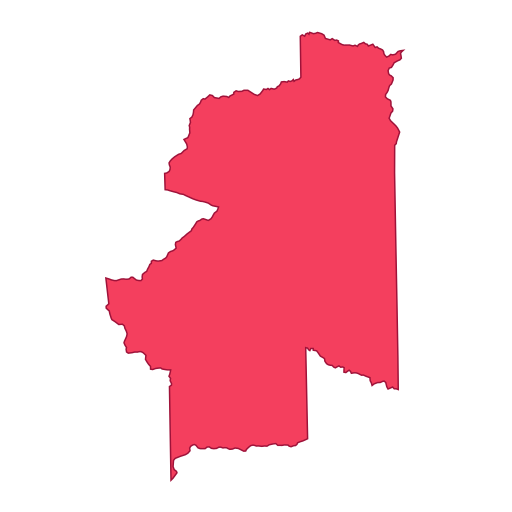 Buritis, Rondônia, Brazil (orthographic projection), rotated 89°
{"feature_id": "56859067B51583375651636", "entity_name": "Buritis", "entity_type": "district", "adm_level": 2, "iso_a3": "BRA", "parent_name": "Brazil", "parent_adm1": "Rondônia", "projection": "orthographic", "projection_center": [-63.964, -10.088], "detail": "fine", "context": "isolated", "style": "filled", "palette": "rose", "viewbox_px": 512, "rotation_deg": 89, "n_neighbors": 0, "source": "geoboundaries", "source_scale": "gbopen_adm2", "svg_char_len": 5279}
<svg xmlns="http://www.w3.org/2000/svg" viewBox="0 0 512 512"><g transform="rotate(89 256 256)"><path d="M37.1,207.9L78.0,208.0L79.7,209.5L80.3,211.2L80.7,213.2L82.0,214.9L80.2,215.6L81.5,216.9L82.1,218.7L81.5,220.6L82.7,221.7L82.1,224.8L82.4,227.6L84.5,228.5L86.4,230.1L87.1,231.7L88.5,232.5L89.5,234.8L88.7,238.0L89.9,239.6L88.7,241.1L89.7,242.7L89.2,245.5L90.6,246.3L94.0,249.0L95.6,251.6L94.4,254.9L90.2,261.2L90.1,265.2L91.1,267.2L91.2,270.9L90.5,273.0L92.0,275.3L93.7,275.4L94.6,277.2L95.6,279.3L97.0,280.5L96.0,282.5L95.6,286.1L96.2,288.3L97.8,290.2L97.3,292.7L96.9,294.8L94.8,296.8L94.1,299.4L96.2,301.7L98.2,304.3L97.8,306.0L99.3,308.0L101.3,308.8L103.1,309.9L104.5,312.0L108.9,315.8L111.1,316.0L113.6,316.5L116.0,317.7L117.5,319.7L119.4,319.4L121.4,319.2L124.4,320.5L126.1,320.1L128.4,320.2L131.8,320.0L133.3,320.7L134.8,321.3L136.5,322.1L137.3,324.0L138.2,326.0L140.8,324.5L142.9,323.3L145.8,322.7L147.6,323.0L149.2,325.9L152.2,329.0L153.0,331.7L155.4,335.6L157.5,338.2L159.4,340.0L161.4,341.3L163.5,341.0L165.6,340.2L167.8,340.4L169.9,341.3L171.5,343.9L171.8,345.9L188.1,345.7L188.4,343.2L189.1,341.3L190.3,337.3L191.1,334.2L192.5,331.0L193.1,327.5L194.2,325.5L197.7,318.1L199.0,314.7L200.3,310.5L200.5,308.5L201.1,306.2L202.3,302.7L204.3,299.9L205.0,298.3L206.3,292.6L208.4,293.3L210.5,294.3L212.3,296.8L213.9,297.8L216.3,299.1L218.1,300.5L219.6,303.1L218.3,306.6L217.8,308.1L218.2,309.7L219.4,311.3L220.0,313.2L220.8,314.6L222.6,315.7L226.3,318.2L227.8,319.6L229.6,320.2L232.7,324.5L235.4,327.6L236.7,329.5L238.1,330.7L239.7,332.5L240.2,334.5L241.0,336.0L243.2,336.4L246.7,335.7L248.3,337.5L249.3,339.0L250.0,341.4L251.4,343.5L255.3,345.3L256.5,346.4L257.8,348.7L258.9,350.1L259.4,353.9L259.1,355.9L258.3,358.8L259.4,360.7L261.5,360.8L262.6,362.3L264.8,363.2L267.2,364.6L269.5,365.6L270.4,367.3L272.4,369.8L274.9,370.2L277.1,370.0L278.6,371.5L278.5,373.5L278.0,376.0L276.2,378.2L275.1,379.5L275.0,381.2L276.7,383.2L277.0,385.3L276.9,387.0L276.6,388.7L276.7,391.2L278.2,396.0L278.1,398.1L277.3,401.2L276.6,402.8L275.4,406.5L301.2,404.0L302.5,405.4L303.6,406.7L305.5,406.7L307.2,405.0L308.3,403.7L311.4,403.1L315.5,401.9L317.1,401.2L319.1,398.2L322.1,394.4L321.9,390.8L323.5,388.9L326.1,388.3L327.7,387.5L329.1,386.9L331.6,386.2L334.2,386.8L336.0,387.6L338.9,389.0L340.5,389.5L342.9,388.5L345.2,387.1L347.0,387.5L349.7,387.1L350.9,385.4L350.5,381.5L349.9,378.9L350.0,376.4L349.6,374.4L349.6,372.6L350.7,370.5L353.4,367.8L357.4,368.3L359.9,366.9L362.5,365.2L364.5,363.4L367.3,363.4L367.7,361.3L366.7,358.3L366.4,355.9L366.2,353.3L367.3,351.9L367.9,349.0L368.3,346.5L368.4,343.3L370.4,343.7L372.7,344.3L374.7,345.1L376.8,343.6L379.2,344.0L382.0,342.7L383.7,342.8L385.0,344.8L478.7,344.9L476.9,343.0L471.4,338.8L469.9,339.3L468.2,341.5L465.1,342.6L458.8,342.0L456.9,340.3L455.0,335.3L454.2,332.7L453.4,330.1L452.0,327.6L449.6,325.4L446.8,325.7L445.1,324.6L443.9,322.7L443.4,321.0L444.1,319.4L446.8,317.3L447.6,315.3L447.7,313.3L447.7,310.2L446.2,308.3L446.0,306.1L447.5,304.0L447.9,301.6L447.7,298.9L446.5,296.4L446.5,294.6L447.3,292.4L447.1,290.7L447.2,288.8L448.0,287.4L448.8,285.6L448.6,282.9L447.6,280.3L448.1,277.1L449.2,274.9L450.9,271.7L450.8,269.7L449.3,269.0L447.2,266.8L445.5,264.6L445.0,262.3L445.4,260.5L446.0,259.0L445.9,257.0L446.4,253.6L446.1,250.8L446.3,248.3L445.0,246.1L444.2,242.3L443.9,239.5L445.7,237.5L445.7,235.6L445.8,233.3L445.4,231.0L445.6,227.3L446.7,226.2L447.3,224.3L446.3,221.6L446.2,219.8L445.1,218.4L443.5,217.7L442.5,215.2L441.7,212.4L440.5,209.6L439.6,207.6L350.3,207.9L348.5,207.9L349.0,206.0L350.6,205.1L351.5,203.8L349.4,202.8L349.5,200.4L351.2,200.4L351.8,197.1L353.5,195.8L357.2,193.4L358.9,190.5L359.8,189.3L362.5,188.9L364.9,187.3L366.0,185.6L366.5,183.8L366.7,181.8L368.5,180.1L369.2,178.6L368.2,176.8L367.3,175.0L368.7,173.2L368.4,171.4L369.2,169.8L371.1,170.0L373.7,170.1L374.1,168.2L373.0,166.7L371.8,164.9L373.1,163.5L374.9,162.7L374.5,159.9L374.6,157.9L375.2,156.0L377.0,152.6L376.9,150.7L378.2,148.0L379.6,144.2L382.7,144.0L384.9,142.9L387.5,142.2L385.9,140.1L384.7,136.8L384.6,133.9L383.6,131.7L383.3,130.1L384.7,128.5L389.0,127.5L391.3,126.3L389.4,121.7L391.2,120.1L391.2,118.2L392.0,116.1L359.5,115.9L309.1,115.9L251.3,116.0L239.3,116.0L176.7,116.0L175.1,116.0L147.7,115.4L146.1,113.8L144.4,113.6L134.6,110.2L130.6,112.2L128.3,113.9L123.1,119.1L120.6,120.5L115.4,118.6L113.6,116.9L111.3,116.5L108.3,118.4L104.2,118.4L102.7,118.9L101.0,122.1L99.2,123.8L96.8,123.6L94.6,122.0L92.7,121.0L89.9,120.2L87.9,119.4L86.4,117.6L82.4,115.9L80.1,115.8L78.1,117.8L77.4,119.3L76.0,120.2L73.0,120.7L70.4,119.5L69.8,117.3L67.4,115.7L65.2,114.5L63.3,111.0L62.4,108.7L60.8,107.2L57.8,107.6L56.0,108.0L54.5,107.0L53.0,105.3L53.4,108.5L54.0,110.4L56.7,113.0L57.3,115.8L56.8,117.8L58.4,119.6L59.4,121.9L57.7,123.6L55.9,124.6L53.8,124.9L52.2,125.9L51.2,127.7L50.4,129.8L49.0,131.3L49.6,133.2L46.3,135.5L48.0,140.0L46.3,141.0L45.7,143.0L44.3,144.5L45.4,147.2L45.8,148.7L46.7,150.0L48.2,150.9L47.0,153.3L47.7,155.3L46.7,158.9L46.7,161.5L46.7,164.2L46.1,166.3L44.0,170.0L42.4,169.8L41.5,171.6L41.8,173.4L40.0,176.0L41.2,178.0L40.6,179.9L39.7,182.8L36.4,184.1L34.9,186.4L33.6,190.6L34.4,192.5L34.7,194.7L33.3,198.4L35.2,199.2L34.0,200.3L34.9,202.4L37.1,203.5L35.7,205.9L37.1,207.9Z" fill="#f43f5e" stroke="#9f1239" stroke-width="1.5"/></g></svg>